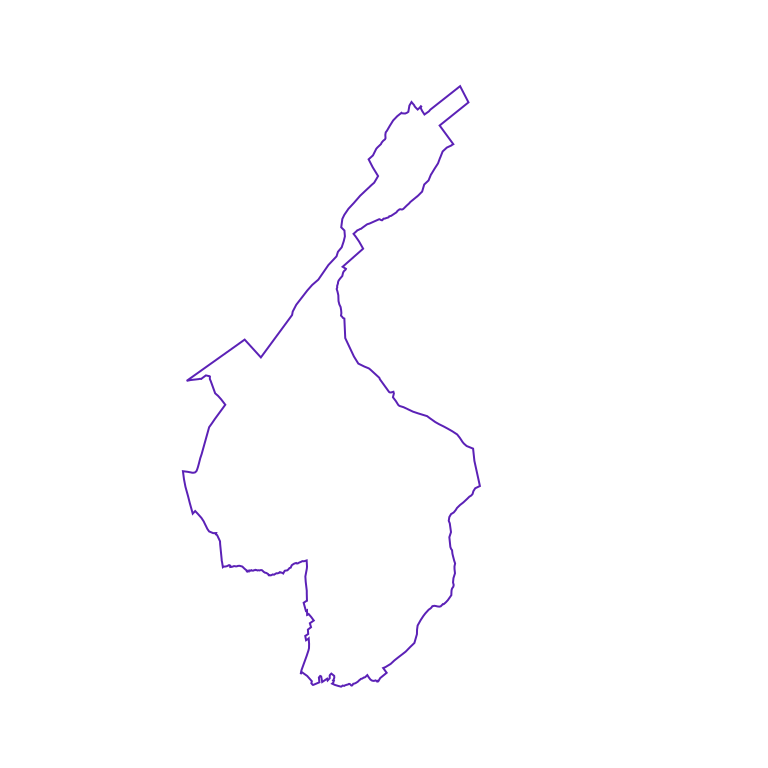 Huitziltepec, Puebla, Mexico (Equal Earth projection), rotated 32°
{"feature_id": "50627088B75605731970498", "entity_name": "Huitziltepec", "entity_type": "district", "adm_level": 2, "iso_a3": "MEX", "parent_name": "Mexico", "parent_adm1": "Puebla", "projection": "equal_earth", "projection_center": [-97.866, 18.784], "detail": "fine", "context": "isolated", "style": "outline", "palette": "violet", "viewbox_px": 768, "rotation_deg": 32, "n_neighbors": 0, "source": "geoboundaries", "source_scale": "gbopen_adm2", "svg_char_len": 6152}
<svg xmlns="http://www.w3.org/2000/svg" viewBox="0 0 768 768"><g transform="rotate(32 384 384)"><path d="M467.1,674.2L467.0,673.1L467.2,671.9L473.6,672.3L480.3,674.3L481.0,676.3L483.0,676.9L483.5,676.6L487.3,671.2L484.3,667.4L484.6,665.4L485.7,665.3L489.5,669.5L491.9,664.1L493.3,665.3L493.9,662.4L492.4,659.9L492.4,659.1L492.8,657.5L496.4,657.9L497.5,659.4L497.9,661.3L497.9,662.3L498.7,662.1L499.2,664.2L498.8,665.6L501.9,665.2L505.6,664.2L508.0,663.4L508.3,662.9L508.7,661.7L510.2,661.1L510.3,660.7L511.6,659.0L512.5,658.1L512.9,657.5L513.2,656.9L513.7,656.6L514.1,656.6L514.5,656.6L515.8,657.0L516.3,656.9L516.5,656.8L516.7,656.4L516.8,655.7L516.8,654.5L517.4,654.0L518.0,653.3L518.4,652.7L519.3,650.9L519.6,650.2L519.9,648.7L520.2,647.8L520.5,647.2L520.6,646.4L521.0,646.0L521.6,645.4L522.5,643.5L523.0,643.2L523.4,642.5L524.1,639.7L526.4,640.8L529.0,641.8L530.6,641.9L531.2,641.8L532.5,641.3L533.1,640.8L533.5,640.4L533.8,639.9L535.0,639.8L535.4,639.4L536.0,639.9L536.7,639.2L536.6,635.4L539.3,627.5L533.8,625.3L535.2,623.4L538.0,617.8L539.3,612.9L540.9,608.4L544.2,599.5L545.6,593.1L547.0,587.5L544.5,578.7L542.2,574.8L540.5,571.0L540.2,564.8L540.3,560.0L540.6,556.7L541.5,551.7L542.4,549.6L542.7,548.3L542.7,547.3L542.8,546.7L543.3,546.4L544.1,545.5L545.4,544.9L547.2,544.3L548.9,543.5L549.9,542.5L550.6,539.4L551.1,539.3L551.4,538.8L552.2,536.1L552.7,533.4L553.0,527.4L551.5,524.8L550.5,522.9L550.1,521.3L550.2,519.2L549.6,517.5L547.7,515.7L545.8,511.9L544.5,506.9L541.8,503.5L540.4,501.3L539.4,498.5L537.1,496.6L533.0,492.7L531.9,491.6L529.8,488.9L528.3,488.3L526.6,487.0L520.6,479.3L519.3,474.1L513.6,467.3L511.4,465.7L509.9,462.2L509.8,458.8L511.2,456.0L511.6,453.0L511.6,450.4L512.6,446.3L514.0,442.5L515.4,437.3L516.1,434.3L517.1,432.3L517.4,430.3L516.6,427.6L516.6,424.1L519.4,419.7L501.4,401.3L493.8,391.6L486.9,392.8L483.3,392.2L481.2,391.5L476.9,389.5L472.8,388.0L466.7,387.9L461.8,388.1L457.1,388.4L452.1,388.9L447.6,389.1L440.9,388.7L437.6,388.4L428.6,390.8L423.2,392.1L412.9,393.3L410.6,393.9L408.7,394.4L407.2,394.2L403.1,392.2L398.6,390.5L397.4,386.8L396.1,385.6L394.4,387.5L393.5,388.0L392.7,388.1L391.6,387.7L378.1,382.2L376.7,381.2L365.3,379.1L363.3,378.8L362.2,378.9L358.2,379.6L351.4,380.3L343.9,376.6L326.8,365.6L315.7,349.5L314.2,349.7L312.7,349.1L311.3,348.8L310.3,346.5L308.5,344.1L306.4,341.7L304.0,340.2L301.5,337.8L298.2,332.9L295.4,330.1L293.5,328.5L293.2,327.0L292.3,325.7L291.6,322.9L291.1,322.2L290.7,320.3L290.9,317.8L291.4,314.5L290.4,311.6L290.2,310.5L290.3,309.0L290.6,308.3L290.8,307.2L290.7,306.5L286.8,306.5L294.6,280.3L287.4,276.4L281.9,274.0L278.6,272.8L279.9,268.3L279.9,267.9L280.8,266.7L281.5,265.4L281.9,264.9L282.3,264.5L282.5,264.0L282.7,263.3L284.9,257.9L285.2,257.3L286.7,255.6L292.6,246.8L293.0,246.6L294.0,246.6L295.1,246.4L295.6,246.2L295.8,245.8L295.9,244.4L296.2,243.8L297.0,243.4L297.8,242.3L299.5,240.3L299.6,239.6L299.6,239.0L300.9,237.7L303.6,231.8L303.7,230.1L304.6,227.7L305.3,227.1L306.2,226.8L307.1,226.2L307.6,225.3L308.7,220.7L309.6,217.6L309.9,215.6L313.1,206.2L314.3,200.9L314.4,200.7L312.4,193.5L313.9,187.8L312.8,181.3L312.9,180.9L312.8,174.9L312.9,168.3L311.7,162.5L311.7,162.2L310.5,155.7L312.0,150.2L314.8,145.9L314.8,145.6L315.7,143.9L294.2,135.3L306.4,100.4L290.7,91.1L277.9,126.8L277.6,129.0L275.5,134.0L271.6,132.2L268.7,130.4L268.6,129.0L268.1,128.9L267.8,131.0L267.1,133.4L263.8,132.6L262.7,132.2L261.9,131.6L257.9,130.3L258.0,134.4L260.4,140.3L259.8,141.7L258.7,143.3L257.9,143.8L255.6,145.0L255.1,144.8L253.3,149.9L252.1,155.6L252.1,161.9L252.3,167.7L252.1,169.7L252.3,170.1L253.1,172.0L255.0,174.7L255.2,175.9L254.4,178.3L254.1,180.5L254.3,182.2L253.1,186.8L252.8,188.6L253.5,196.0L251.9,201.6L259.6,206.2L268.8,210.8L268.9,214.1L269.0,218.5L267.9,222.1L264.0,237.0L262.5,246.5L261.0,254.2L260.7,261.5L261.2,266.1L264.7,273.8L269.1,274.8L272.6,279.5L274.2,284.3L275.7,290.5L274.9,296.3L276.1,300.9L273.8,312.5L273.0,330.3L270.6,338.1L269.4,345.3L267.6,363.3L268.2,370.9L269.5,374.2L265.5,426.7L242.3,420.2L215.0,485.9L217.8,483.2L224.2,478.1L225.2,477.1L226.3,476.6L226.7,475.4L228.4,471.1L229.2,470.8L230.1,470.5L232.0,469.8L232.5,470.0L232.7,470.5L233.7,472.1L235.6,473.4L245.8,481.4L249.6,482.0L254.0,483.3L260.4,485.7L259.1,503.3L258.9,508.7L258.6,513.3L259.4,516.0L266.5,540.1L267.5,544.3L269.2,549.6L270.3,553.3L270.8,555.4L271.1,557.1L270.8,558.5L270.6,559.1L269.9,559.8L269.2,560.4L268.1,561.0L267.1,561.3L265.9,561.8L264.3,562.4L259.7,564.5L264.8,570.7L270.1,576.4L277.3,583.0L282.2,587.7L290.5,595.3L291.2,591.8L295.0,592.8L300.1,594.3L304.0,596.1L305.2,596.9L311.0,600.5L313.8,601.7L318.2,601.0L320.7,599.3L321.1,600.6L322.6,600.6L328.3,604.3L329.8,606.5L339.3,618.8L339.9,619.7L341.0,620.8L344.4,624.7L344.8,623.7L345.8,623.2L347.3,621.8L348.4,620.0L348.9,620.0L349.0,619.6L349.9,619.5L350.4,619.9L350.7,620.6L351.6,619.9L352.5,619.0L353.2,618.0L353.9,617.6L355.2,617.1L356.0,616.4L356.6,615.6L357.9,614.7L360.6,613.9L363.3,614.5L365.2,614.8L366.4,614.8L366.9,615.6L367.4,615.6L367.5,614.9L368.7,614.6L368.5,613.5L369.9,613.0L370.1,612.2L371.0,612.1L371.9,611.7L372.3,611.0L372.8,610.6L373.3,609.8L374.1,609.7L374.5,609.3L375.5,609.2L376.2,608.5L376.5,608.3L377.2,608.1L378.0,607.2L379.0,606.6L380.4,606.8L381.6,607.1L382.6,607.0L383.0,607.1L384.3,606.6L386.5,606.6L387.6,607.3L388.1,607.1L388.3,606.6L389.2,606.4L389.8,605.8L390.5,604.5L391.8,604.0L392.7,602.1L393.2,601.4L393.8,601.2L394.8,600.2L395.3,598.9L395.8,599.0L396.2,598.4L396.9,598.4L398.0,598.0L398.9,598.1L398.8,595.0L399.4,594.4L400.7,593.3L401.1,592.1L401.4,590.1L402.2,589.2L401.8,586.6L402.5,585.0L403.1,583.8L404.4,582.3L405.2,582.4L406.0,581.8L406.2,581.2L407.4,579.4L408.2,578.3L408.4,577.8L408.9,577.3L409.5,577.1L410.5,576.3L411.9,574.6L415.5,579.7L416.4,581.5L419.3,588.9L422.4,593.2L428.1,600.3L429.4,602.4L433.5,608.6L433.3,608.8L431.8,612.1L434.7,614.8L438.0,617.8L438.6,616.7L441.2,620.6L441.5,620.2L442.0,619.0L445.8,620.2L449.8,621.8L447.9,626.2L451.0,628.9L449.6,632.6L452.2,636.2L450.7,639.4L453.7,642.6L454.9,640.1L455.0,639.7L458.2,644.1L460.4,647.8L461.1,649.9L462.5,655.6L465.6,670.1L466.0,671.4L467.1,674.2Z" fill="none" stroke="#5b21b6" stroke-width="2"/></g></svg>